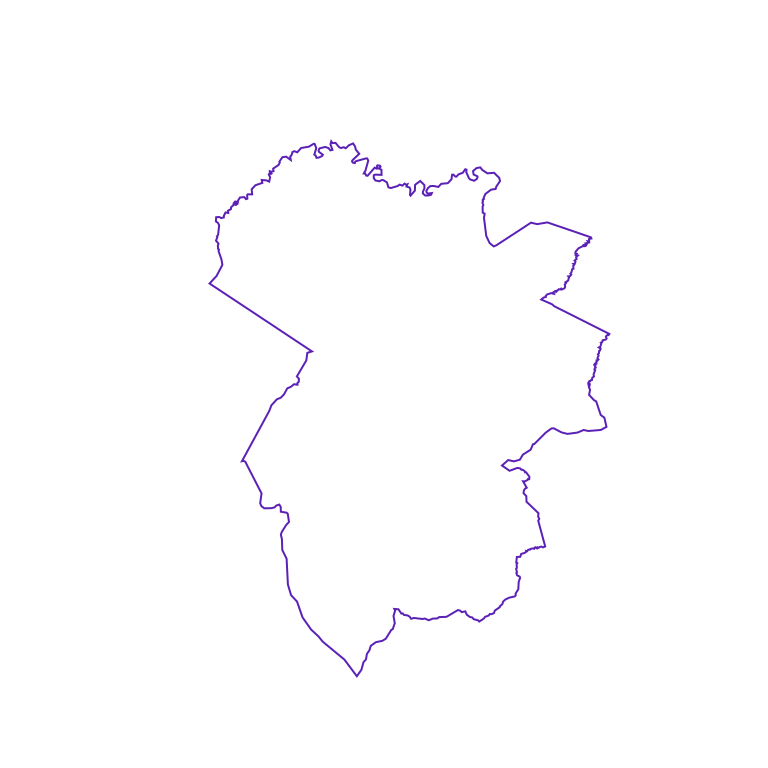 Lufwanyama, Copperbelt, Zambia, rotated 219°
{"feature_id": "96606910B27641216908272", "entity_name": "Lufwanyama", "entity_type": "district", "adm_level": 2, "iso_a3": "ZMB", "parent_name": "Zambia", "parent_adm1": "Copperbelt", "projection": "robinson", "projection_center": [27.285, -12.951], "detail": "fine", "context": "isolated", "style": "outline", "palette": "violet", "viewbox_px": 768, "rotation_deg": 219, "n_neighbors": 0, "source": "geoboundaries", "source_scale": "gbopen_adm2", "svg_char_len": 6166}
<svg xmlns="http://www.w3.org/2000/svg" viewBox="0 0 768 768"><g transform="rotate(219 384 384)"><path d="M314.7,160.2L300.5,151.4L286.2,147.3L276.1,146.6L269.5,145.2L241.3,144.9L221.2,139.8L221.7,147.6L224.9,155.0L224.7,158.7L227.4,163.4L227.8,168.0L229.5,172.2L227.8,178.3L223.7,183.3L222.3,187.1L223.6,197.6L222.9,198.9L225.1,204.9L230.6,209.7L232.8,215.0L234.4,215.7L231.0,218.0L226.0,216.5L225.1,217.5L223.2,217.1L220.0,219.0L217.7,219.3L215.2,218.6L213.5,221.0L206.2,225.6L204.7,227.4L200.5,228.6L198.5,232.3L195.1,235.3L194.4,237.6L188.9,242.4L184.3,254.8L182.2,255.8L180.1,255.6L177.7,258.5L174.5,256.8L170.7,257.0L168.5,258.1L166.3,257.7L162.2,259.5L160.5,259.3L158.8,264.5L158.9,266.7L157.0,269.8L157.0,271.9L155.8,272.5L154.4,275.1L155.3,277.7L153.6,283.3L154.1,284.0L153.5,287.5L154.5,289.8L154.1,292.8L152.2,296.8L148.7,301.2L148.6,302.5L149.9,304.1L150.4,308.9L154.9,315.2L156.2,319.0L157.4,319.7L160.2,319.1L162.2,320.4L162.2,321.4L165.0,323.5L165.1,324.8L167.4,327.2L167.7,328.7L168.9,328.5L171.9,333.2L169.4,335.4L170.4,338.4L168.4,341.2L167.9,343.3L168.4,343.7L167.5,344.1L167.6,345.9L166.2,347.4L166.4,348.0L164.6,350.2L163.6,350.4L163.7,352.3L161.7,352.5L162.0,353.6L160.7,353.9L160.6,355.1L159.2,356.8L157.6,357.1L156.5,359.2L178.1,374.8L178.4,376.8L180.9,378.1L182.6,380.8L199.2,382.2L202.8,386.4L206.9,387.0L208.3,389.4L208.5,391.4L207.8,393.2L214.7,395.9L213.3,396.9L212.0,400.0L212.3,400.9L211.3,401.5L212.6,403.4L217.9,404.8L218.7,404.1L219.8,404.8L222.4,404.6L223.2,403.8L225.2,404.1L227.7,402.5L231.8,395.6L241.0,394.9L239.6,403.1L234.4,405.6L230.8,410.6L231.6,416.6L228.7,425.2L230.3,431.0L229.4,432.0L227.7,448.1L225.9,454.8L224.2,456.4L215.6,458.1L210.0,460.7L203.0,468.1L199.9,473.9L195.6,476.1L186.6,484.7L184.1,490.7L191.5,496.5L196.1,496.3L208.1,504.0L210.6,503.6L217.8,504.6L220.3,509.3L222.4,510.2L223.3,512.1L223.7,511.4L225.0,512.4L224.6,513.4L225.9,513.4L226.2,515.4L225.5,515.7L225.7,517.1L224.9,517.9L226.1,520.0L225.6,522.0L227.2,523.4L228.6,527.7L229.5,527.6L230.2,529.1L229.8,530.0L232.8,531.3L232.7,532.3L231.9,532.4L232.6,533.4L231.9,533.8L232.9,534.9L232.8,536.2L233.6,536.3L232.8,538.0L234.5,538.5L235.1,541.1L236.5,541.7L236.3,543.1L237.6,545.0L237.2,546.0L238.0,547.9L240.0,547.6L239.4,549.1L240.5,552.1L241.5,552.5L240.8,554.0L241.6,555.6L239.7,558.0L239.6,559.4L241.5,560.6L241.2,562.6L240.3,563.2L240.4,564.7L300.5,551.6L303.6,551.7L314.9,548.6L314.5,551.3L313.0,553.6L313.7,554.1L313.6,556.3L311.2,559.9L308.7,561.0L310.1,561.8L309.5,563.9L308.7,564.9L308.2,564.3L307.8,567.7L306.6,568.2L306.4,569.6L305.2,569.4L304.0,571.9L304.3,573.5L306.1,575.0L306.1,577.2L307.0,577.3L306.0,580.2L307.2,583.1L308.5,583.6L307.3,584.7L307.3,586.8L308.6,587.1L308.5,588.4L310.0,591.7L309.3,592.8L311.2,594.8L311.2,596.2L312.4,596.5L311.4,597.4L312.2,599.6L313.6,599.9L313.0,602.4L314.6,603.4L314.2,605.9L316.1,605.0L316.2,606.5L317.5,605.9L318.4,607.4L318.2,612.0L316.3,616.1L316.5,617.5L315.8,618.4L315.8,617.4L315.1,617.1L314.1,618.5L314.5,620.7L315.5,620.6L313.9,622.8L315.5,623.2L314.3,624.0L315.9,625.7L314.4,627.6L315.5,628.2L358.7,612.4L365.6,604.6L371.3,601.9L384.0,562.4L385.3,560.0L390.6,560.0L397.7,563.4L410.9,576.1L413.0,579.7L415.1,579.3L419.0,583.9L419.4,585.6L421.7,586.9L422.0,588.3L423.1,589.0L422.8,590.7L423.6,591.0L424.8,595.5L423.1,602.4L420.0,605.8L421.0,608.2L421.5,614.6L424.1,616.7L431.4,617.4L436.2,612.8L442.2,612.2L445.5,612.9L448.0,610.0L448.8,605.5L446.2,603.2L442.2,604.2L441.5,603.7L440.9,601.9L441.8,598.7L445.8,597.2L447.5,597.4L453.2,600.3L454.8,602.5L456.0,602.0L455.7,597.7L458.0,593.9L458.2,590.8L459.1,590.1L461.7,590.4L462.8,589.5L460.4,585.6L460.8,580.2L465.5,575.6L465.8,571.3L470.0,569.2L472.6,566.9L473.1,564.0L472.6,560.7L471.3,559.6L469.5,559.8L467.0,562.5L466.5,560.8L467.9,558.7L470.6,556.4L473.7,556.5L474.8,558.1L475.7,561.5L477.8,564.0L483.6,564.6L485.2,558.4L481.7,553.7L481.9,547.1L482.8,547.3L485.7,551.6L487.7,552.8L490.8,551.6L491.5,553.9L492.1,552.8L494.1,552.7L494.5,549.8L497.3,548.8L498.0,546.4L502.0,540.6L504.3,539.6L508.6,542.5L512.8,542.0L514.0,541.3L515.2,538.6L518.7,536.8L521.5,537.5L523.3,539.8L522.7,541.1L517.5,545.0L520.8,548.9L523.5,548.3L523.4,550.7L524.6,551.1L526.7,549.8L526.6,548.9L524.7,547.4L525.4,546.6L527.4,546.3L527.8,535.5L528.9,534.8L531.0,535.7L532.2,534.9L532.7,538.1L536.8,547.7L539.0,548.7L539.8,548.2L545.9,539.7L546.3,538.6L545.7,537.3L547.6,536.4L549.1,537.0L549.3,538.2L548.1,547.3L553.4,548.4L556.0,550.4L559.4,551.5L561.5,547.5L562.1,543.1L564.3,542.7L565.9,540.3L568.0,539.8L573.4,540.9L575.6,538.8L577.7,539.4L576.5,536.6L571.4,533.5L572.7,531.8L575.6,532.4L578.9,531.2L582.4,526.5L581.9,524.5L580.8,523.5L575.8,523.7L575.6,522.1L577.2,518.9L578.8,517.3L581.1,518.6L582.5,518.4L585.1,524.7L589.0,526.9L589.8,526.5L591.7,521.2L596.9,515.3L597.2,509.5L600.2,508.5L601.1,506.7L599.9,503.8L600.0,501.7L597.4,499.4L603.1,499.1L605.7,496.3L605.2,490.9L604.3,490.4L603.8,487.9L605.7,481.6L603.8,479.9L605.0,478.2L606.7,477.5L605.7,476.4L604.0,476.6L604.2,475.9L605.5,475.6L605.4,474.3L602.6,473.0L600.6,469.0L603.4,468.3L607.4,465.6L605.1,463.7L609.0,457.6L609.4,452.1L605.8,448.4L609.3,445.6L609.2,444.6L606.8,442.0L607.6,440.8L610.2,441.3L613.3,438.3L612.9,434.8L611.2,431.9L611.8,429.9L612.6,429.6L613.1,429.9L613.0,431.6L613.8,432.6L614.5,432.2L614.6,430.1L613.6,428.0L614.1,425.2L613.0,423.5L614.3,420.5L612.7,418.9L615.1,417.6L614.3,413.9L613.3,412.7L614.8,410.6L617.1,410.1L619.4,408.0L617.0,404.6L614.3,404.7L612.0,403.6L606.9,395.7L606.7,393.5L605.9,393.3L604.8,389.7L600.9,388.9L600.3,387.1L598.0,384.6L596.9,384.6L596.1,383.1L588.7,378.5L584.6,374.9L582.1,362.6L582.8,352.3L460.5,364.0L463.2,360.0L459.2,353.4L456.5,335.1L453.4,334.5L451.6,332.0L451.9,330.2L450.8,329.0L453.8,327.2L454.5,323.5L456.4,319.7L455.2,312.9L455.6,308.3L457.6,304.8L458.1,296.6L456.2,290.8L445.8,234.6L444.7,235.9L442.9,236.3L410.3,221.9L405.2,213.4L402.3,211.9L398.8,212.1L393.5,216.5L391.4,219.2L391.2,221.8L389.5,224.4L386.9,223.5L383.8,219.8L378.7,222.7L377.2,222.6L371.0,217.0L371.3,212.8L370.3,204.6L369.3,202.0L365.6,199.1L358.6,191.0L349.7,186.9L332.5,167.7L323.3,161.4L314.7,160.2Z" fill="none" stroke="#5b21b6" stroke-width="2"/></g></svg>